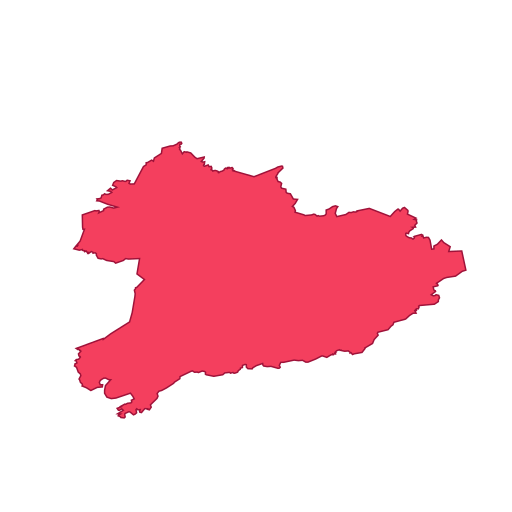 Aronas pag., Madona, Latvia, rotated 167°
{"feature_id": "27541924B19624181266417", "entity_name": "Aronas pag.", "entity_type": "district", "adm_level": 2, "iso_a3": "LVA", "parent_name": "Latvia", "parent_adm1": "Madona", "projection": "equal_earth", "projection_center": [26.1, 56.896], "detail": "fine", "context": "isolated", "style": "filled", "palette": "rose", "viewbox_px": 512, "rotation_deg": 167, "n_neighbors": 0, "source": "geoboundaries", "source_scale": "gbopen_adm2", "svg_char_len": 6112}
<svg xmlns="http://www.w3.org/2000/svg" viewBox="0 0 512 512"><g transform="rotate(167 256 256)"><path d="M452.0,206.4L450.5,204.8L449.8,205.1L448.9,204.0L449.0,203.6L448.2,203.3L448.1,202.5L451.0,200.6L451.0,198.5L450.4,197.5L449.9,197.5L449.9,196.9L452.1,195.3L454.4,195.5L455.6,194.7L454.8,194.3L454.5,192.1L456.8,191.5L456.9,190.7L457.6,189.7L455.9,187.9L455.3,182.8L453.7,180.7L453.6,178.8L456.1,175.9L455.7,174.9L455.5,172.4L454.2,170.5L454.1,169.0L454.7,168.5L450.9,165.8L447.2,162.1L440.2,163.7L435.2,163.0L434.4,165.1L436.7,165.5L437.1,168.1L435.7,169.8L433.8,170.6L431.9,171.2L430.0,170.9L427.4,168.7L425.4,168.1L431.8,163.6L433.7,159.3L434.4,156.3L433.0,152.0L429.1,149.6L424.4,149.1L409.2,150.6L407.6,147.1L406.8,144.2L409.9,143.5L409.9,141.7L411.0,141.0L414.3,141.4L416.5,140.8L417.1,141.2L421.8,139.9L421.3,139.4L425.6,138.8L424.8,136.7L423.9,136.3L421.2,137.3L420.0,135.5L426.3,133.4L423.7,132.5L425.5,132.0L426.2,131.3L424.3,129.9L424.0,129.0L420.8,127.9L419.7,128.6L419.6,131.0L419.1,132.0L414.8,132.9L413.7,132.2L411.1,128.8L409.4,129.1L407.6,130.1L407.5,133.3L406.6,134.0L405.6,132.6L403.4,132.4L404.4,130.8L404.3,129.9L402.8,129.2L398.7,132.3L395.9,131.6L396.3,131.1L394.5,130.1L392.1,132.3L392.4,134.7L384.5,139.5L383.0,141.5L383.3,144.2L381.0,146.1L378.2,146.2L372.9,147.6L364.9,150.5L363.9,151.4L357.8,153.6L357.2,155.6L345.1,158.3L343.7,158.3L342.1,156.6L339.3,156.1L338.4,155.4L334.3,156.0L332.2,155.1L331.3,154.1L331.9,152.3L331.2,151.5L324.2,148.3L315.1,147.8L312.7,149.1L308.2,148.6L307.4,148.2L307.3,147.6L304.6,147.7L304.1,146.9L303.1,146.6L301.0,146.8L300.0,147.0L299.0,148.3L296.8,149.2L296.4,150.2L294.3,150.4L293.9,152.2L293.5,152.5L291.0,152.8L289.9,152.3L290.4,149.9L289.2,148.0L285.1,146.9L284.3,147.8L280.3,149.1L273.7,149.8L273.8,148.2L273.3,147.1L270.0,145.7L266.2,145.1L259.8,141.6L258.4,141.5L257.4,142.2L257.9,144.2L255.8,146.8L252.9,146.2L242.3,146.0L238.2,144.5L234.1,143.9L231.4,141.4L229.2,140.9L221.0,142.2L214.7,143.8L213.5,143.6L209.8,141.3L204.9,142.9L203.9,142.6L203.4,143.2L202.6,142.4L201.5,143.3L200.7,142.8L200.7,143.4L200.1,143.7L200.7,144.1L200.3,144.6L198.6,145.6L195.7,145.9L195.3,145.1L194.3,145.2L194.1,144.7L191.1,143.3L187.3,142.7L185.9,140.8L186.1,140.3L185.2,140.4L184.1,138.3L182.4,138.6L174.4,138.2L170.6,141.3L170.7,141.9L162.1,144.6L159.7,148.0L154.8,151.4L155.2,153.3L154.4,154.3L143.9,154.5L140.3,157.2L138.0,158.2L136.6,160.4L124.4,160.9L119.8,163.5L115.9,164.9L112.9,164.3L113.6,167.2L112.9,167.4L112.8,166.7L112.1,166.8L111.8,167.1L112.2,168.1L111.2,168.5L109.7,168.0L108.6,169.6L108.8,170.5L107.9,171.0L93.0,168.9L88.6,170.6L88.2,172.2L86.6,174.0L86.8,176.5L89.3,177.8L90.3,177.2L92.2,177.3L94.0,178.8L89.0,181.1L89.1,181.8L90.1,182.5L90.4,183.3L90.3,186.1L85.6,186.1L85.2,186.5L85.5,187.6L86.3,188.8L78.2,191.9L74.9,192.2L66.1,191.5L58.5,194.7L54.7,195.0L54.4,214.6L67.2,217.0L64.7,221.4L70.0,226.8L71.7,229.9L76.7,226.6L80.4,225.7L81.0,222.9L83.3,223.1L82.9,232.3L83.8,235.3L85.7,235.9L88.6,235.9L88.8,237.7L89.8,238.0L88.9,238.8L89.9,239.8L97.3,239.5L97.7,239.3L97.2,239.0L97.7,237.9L98.9,237.2L99.5,237.3L100.5,238.6L102.6,239.3L104.7,241.2L105.4,242.2L105.0,244.3L104.3,244.5L102.4,243.5L101.8,244.8L100.5,245.9L96.7,247.3L96.3,248.2L96.9,248.7L94.0,248.3L94.4,250.2L91.7,251.9L91.9,254.1L91.4,255.1L93.7,256.1L91.6,256.9L99.0,262.7L97.8,265.4L97.8,266.3L100.4,269.9L102.4,269.6L105.5,267.3L106.6,269.6L107.2,269.8L110.8,268.1L116.3,264.3L134.9,276.9L146.8,277.2L146.6,277.0L148.1,276.5L149.5,276.5L151.0,277.1L153.5,276.9L155.6,277.6L159.1,276.2L168.4,276.2L169.2,279.7L166.9,284.1L165.2,285.7L167.3,287.0L170.3,286.9L174.1,285.4L177.3,285.0L178.1,281.3L179.5,280.2L181.2,280.0L185.2,280.5L186.4,281.4L187.5,281.1L189.1,283.2L190.4,283.8L192.6,283.5L199.2,284.4L200.0,285.3L208.1,289.9L207.4,291.4L208.1,294.9L209.4,296.1L206.0,298.4L202.8,301.8L206.8,303.1L208.5,308.9L211.4,310.1L212.3,311.3L211.9,314.4L215.8,316.3L216.3,317.8L214.7,321.0L215.9,322.7L217.7,323.5L218.3,326.3L217.9,327.2L218.6,327.5L218.2,328.0L219.0,328.2L218.8,328.9L216.1,331.5L216.0,332.0L210.0,335.6L210.0,337.5L210.9,337.9L214.8,337.8L217.4,337.0L240.1,333.7L258.8,344.0L258.2,344.2L259.6,345.4L258.7,346.4L259.4,347.6L261.7,347.5L262.2,348.4L264.0,348.6L264.3,348.2L263.8,347.7L264.4,347.5L265.9,348.5L267.3,347.8L267.8,347.0L269.8,346.3L271.9,346.3L273.5,345.5L274.0,345.8L273.8,346.8L274.8,347.6L276.6,348.6L279.0,348.5L279.1,349.3L280.4,350.2L279.2,351.6L279.5,353.4L281.6,353.6L282.1,355.5L286.0,355.0L286.8,355.8L286.2,356.9L285.7,356.9L284.8,359.4L286.5,359.4L288.0,360.4L284.6,363.0L284.2,364.1L291.6,364.1L293.4,366.1L296.4,371.1L299.9,373.0L300.4,372.7L302.5,373.8L304.8,372.1L305.8,376.1L306.5,376.9L306.0,378.2L306.3,378.9L305.2,379.4L305.6,380.4L305.1,382.0L303.7,381.8L303.0,382.4L303.2,383.7L304.6,384.1L306.0,383.9L307.8,382.8L312.0,382.0L314.9,382.5L323.2,382.1L325.1,377.2L333.0,374.4L334.6,371.4L336.1,372.9L340.9,371.4L342.0,371.6L342.5,369.5L345.5,368.5L358.4,353.6L362.3,354.4L363.4,355.4L361.8,357.6L364.5,358.8L366.0,358.0L367.0,358.2L369.3,359.4L370.8,359.3L374.9,360.9L378.1,359.6L379.8,357.1L377.0,355.1L376.3,354.0L381.1,352.7L382.5,354.8L386.0,353.0L383.0,351.6L382.2,350.4L386.0,349.3L388.5,349.8L389.5,350.7L391.0,349.9L392.5,349.9L393.8,347.5L395.3,347.1L398.2,347.4L397.9,346.5L398.7,345.6L396.2,344.8L389.1,339.9L380.1,334.8L383.9,334.7L387.4,336.6L389.8,337.0L393.9,335.9L394.3,334.5L399.5,333.4L398.7,334.5L398.8,335.7L401.7,335.9L402.8,336.5L416.0,335.1L418.5,323.1L418.6,320.9L417.1,320.7L424.0,310.1L428.5,306.7L427.3,306.4L428.0,305.7L429.2,306.2L431.9,304.0L426.8,301.4L423.7,301.4L423.8,300.7L423.0,300.0L421.8,299.7L421.9,298.8L420.3,299.0L419.8,297.7L418.6,297.2L419.3,296.3L418.7,296.1L415.5,297.4L413.9,296.1L414.1,295.4L412.0,295.3L411.0,294.2L411.4,292.8L410.4,289.3L407.5,288.0L405.9,287.9L402.6,285.3L395.7,282.5L394.4,280.6L386.3,281.5L383.6,282.8L380.9,281.7L370.0,279.7L376.0,265.3L370.0,258.2L379.3,252.2L380.5,252.2L380.8,251.1L382.2,250.1L382.2,246.5L383.1,243.8L389.4,228.6L394.0,220.2L415.0,212.9L423.6,209.1L423.5,210.0L452.0,206.4Z" fill="#f43f5e" stroke="#9f1239" stroke-width="1.5"/></g></svg>